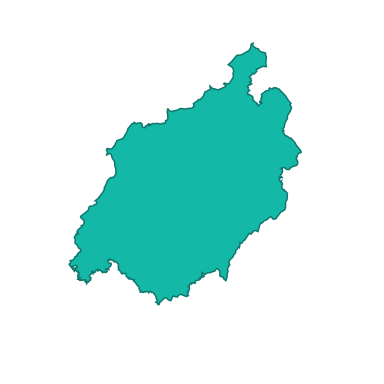 outline of Nilphamari, Rangpur, Bangladesh, rotated 52°
{"feature_id": "16705992B74406959438199", "entity_name": "Nilphamari", "entity_type": "district", "adm_level": 2, "iso_a3": "BGD", "parent_name": "Bangladesh", "parent_adm1": "Rangpur", "projection": "orthographic", "projection_center": [88.949, 26.021], "detail": "fine", "context": "isolated", "style": "filled", "palette": "teal", "viewbox_px": 384, "rotation_deg": 52, "n_neighbors": 0, "source": "geoboundaries", "source_scale": "gbopen_adm2", "svg_char_len": 6039}
<svg xmlns="http://www.w3.org/2000/svg" viewBox="0 0 384 384"><g transform="rotate(52 192 192)"><path d="M193.2,333.9L195.7,329.8L196.9,330.0L196.1,330.6L196.5,331.3L197.4,330.5L197.5,331.2L199.3,331.4L198.8,330.7L199.3,330.7L198.0,330.0L199.1,329.7L198.8,325.9L198.0,325.9L197.6,324.5L195.2,324.9L194.5,323.7L194.3,321.9L194.5,321.0L195.3,320.5L194.1,320.0L193.1,320.3L193.0,319.4L195.2,319.2L195.5,317.5L194.6,317.3L195.2,313.7L196.1,314.8L197.2,312.3L200.4,312.1L200.3,311.2L201.4,310.8L201.4,309.8L202.5,309.2L202.3,307.7L199.5,307.2L202.0,305.3L200.9,304.9L200.3,303.8L200.2,301.7L199.3,300.1L198.3,299.7L197.3,300.9L195.9,301.3L193.7,300.3L195.0,298.9L194.1,298.2L196.3,297.2L196.5,296.4L198.1,296.0L198.4,296.5L199.2,296.3L200.4,294.5L204.1,294.7L205.7,296.3L206.8,296.5L207.7,297.8L209.5,297.3L213.2,297.7L213.6,297.4L213.6,296.0L214.5,295.9L215.2,294.4L218.2,295.7L221.6,295.3L221.8,294.7L220.4,293.6L222.5,294.4L225.7,291.6L226.1,292.9L227.9,292.4L232.2,292.6L234.1,292.2L236.5,293.6L238.9,293.3L238.7,295.1L239.7,293.3L241.2,292.2L241.3,290.7L242.1,290.4L242.3,289.4L244.4,287.2L244.7,287.6L244.8,285.7L246.4,285.6L247.2,284.5L251.8,284.7L254.4,285.9L255.9,285.7L256.4,286.2L256.5,288.4L259.2,287.3L259.3,288.0L259.9,288.1L260.3,286.9L258.9,285.1L259.2,284.2L258.5,278.6L259.3,277.6L263.0,276.8L264.4,275.9L264.6,275.4L262.4,271.4L262.5,270.6L264.6,269.5L265.8,267.9L265.2,266.6L265.3,264.1L270.9,260.8L271.4,258.6L269.4,258.4L269.0,256.8L268.1,255.8L267.5,255.9L267.4,254.5L266.6,253.4L265.0,252.4L264.2,252.7L264.1,253.3L263.8,253.0L263.9,250.7L263.3,250.5L263.1,249.1L263.8,248.2L264.2,248.5L264.1,247.0L264.5,246.4L265.4,246.4L265.7,245.3L264.6,244.8L264.3,243.4L265.8,240.2L265.4,238.4L264.9,238.1L264.5,238.7L264.2,237.9L265.0,236.5L265.6,236.5L265.5,235.2L266.0,234.6L265.7,234.1L265.0,234.3L265.0,235.0L264.3,235.7L261.5,233.6L262.3,233.2L263.5,233.6L265.0,232.2L265.3,229.4L267.0,226.9L267.0,225.8L268.3,223.0L267.5,219.7L268.4,219.0L271.6,218.8L275.4,221.8L278.7,219.8L279.8,220.5L282.7,219.9L281.5,217.8L278.3,214.8L277.0,212.8L274.6,211.4L273.4,209.8L272.8,207.2L271.0,206.7L269.5,205.4L268.8,203.4L268.5,199.8L267.1,197.5L266.8,195.3L264.8,193.2L264.9,191.7L263.9,189.2L264.0,188.6L264.8,188.7L263.0,186.6L261.2,185.5L263.0,184.3L262.1,182.1L262.3,179.7L259.7,172.5L261.1,171.8L260.9,171.3L261.6,170.8L260.5,167.3L261.8,165.4L263.8,164.4L259.2,158.2L259.5,154.8L259.1,152.8L259.9,150.0L259.7,145.0L263.4,144.8L264.7,142.5L262.5,134.6L263.1,129.9L261.3,127.3L257.4,124.5L256.6,121.9L251.9,117.7L249.1,117.7L248.5,118.3L246.9,117.9L246.5,118.6L244.8,119.0L241.7,116.9L241.9,116.2L240.6,115.4L238.9,115.9L238.2,114.6L237.9,116.0L236.1,115.8L235.0,113.7L236.1,112.1L235.3,112.0L234.3,113.7L234.2,112.6L233.0,111.8L233.1,110.6L232.3,109.8L232.1,108.5L229.7,106.8L228.1,107.4L228.9,105.3L230.0,103.9L232.4,103.7L234.2,101.3L233.7,100.7L233.7,97.8L235.5,93.0L234.3,90.7L232.3,89.7L229.2,89.2L229.1,87.4L228.1,86.7L227.1,84.2L227.9,82.2L227.6,82.3L227.5,81.4L226.8,81.4L226.5,80.9L218.9,81.0L216.7,80.5L210.4,80.8L210.0,81.9L207.0,82.4L206.3,83.4L205.9,83.1L204.0,83.9L200.2,82.9L200.3,81.9L198.6,82.2L197.6,79.4L194.7,76.0L192.9,71.6L190.6,69.8L188.8,64.7L186.7,61.5L183.8,61.2L183.0,59.4L179.4,59.7L174.2,59.1L164.3,60.1L163.0,61.2L162.0,61.3L160.0,63.7L160.4,65.2L159.6,66.2L158.1,66.5L157.8,67.0L159.1,69.4L157.8,71.5L157.8,77.2L160.8,78.7L160.6,79.9L162.4,81.0L162.4,83.0L163.1,83.3L164.2,82.1L165.1,82.1L164.5,84.2L165.1,86.5L162.8,86.7L162.4,86.1L159.5,87.0L157.2,87.0L157.1,87.4L154.6,85.6L153.6,85.6L150.0,87.0L150.0,87.9L148.4,87.5L147.6,87.1L147.5,84.1L145.8,84.4L144.7,84.1L144.3,83.1L142.8,83.4L142.5,80.8L143.3,80.6L143.5,78.4L140.9,79.0L140.9,77.8L141.3,77.7L140.8,76.6L139.2,76.4L139.0,75.6L136.6,76.0L136.2,74.8L136.6,73.9L135.9,70.9L137.1,70.7L137.2,68.8L136.7,66.6L135.1,66.2L135.0,64.9L135.4,64.9L136.4,59.2L139.0,56.2L136.4,54.9L131.4,50.3L128.8,49.4L127.7,48.5L123.9,51.4L122.5,51.9L120.0,51.6L118.0,53.1L114.6,54.0L112.7,53.3L112.5,51.4L112.0,54.5L114.5,57.0L115.6,60.1L114.3,68.9L111.9,72.6L113.7,80.5L114.0,85.1L118.6,83.5L119.9,83.5L122.4,84.8L124.0,86.9L126.1,88.0L127.1,89.2L129.4,95.7L128.8,97.4L126.3,99.3L126.2,100.4L129.4,99.9L129.5,101.4L127.6,108.6L122.7,112.2L119.7,112.7L122.4,114.2L121.2,120.3L123.5,124.2L124.3,129.0L123.1,129.9L123.5,131.8L123.2,136.5L125.7,137.5L125.7,141.0L123.8,143.4L122.5,146.3L119.0,149.7L118.6,152.7L115.9,158.7L114.1,159.8L111.8,159.7L111.6,160.2L114.2,162.7L115.7,163.2L119.4,165.9L120.0,167.0L119.5,168.8L121.0,170.5L121.0,171.3L119.3,173.5L119.5,174.3L119.0,175.2L116.3,177.2L115.5,179.1L113.6,181.2L113.8,183.5L113.1,185.4L112.1,185.4L112.3,183.7L111.6,184.2L111.6,185.4L112.2,186.0L111.6,186.9L111.5,188.4L112.4,189.0L112.1,189.9L110.2,191.1L107.8,189.5L105.8,189.9L103.8,193.6L101.4,194.9L102.0,195.8L101.3,197.6L102.6,203.4L104.4,205.7L107.3,213.4L105.3,219.5L107.3,223.6L108.7,228.2L107.8,230.0L105.6,232.0L105.6,232.8L106.3,233.5L108.4,234.0L110.3,236.4L110.9,233.3L112.3,232.4L115.6,233.8L120.8,234.5L123.8,236.7L126.8,237.7L131.0,240.9L132.1,244.4L130.5,247.6L131.0,251.5L134.0,256.7L134.4,258.2L136.2,259.8L137.5,263.1L139.3,270.5L139.3,273.8L140.3,273.1L141.7,273.4L142.7,274.7L142.1,275.7L141.9,279.1L140.3,281.2L140.6,282.5L142.6,285.2L142.6,294.8L143.9,295.4L147.9,294.7L150.1,296.0L151.0,298.7L150.4,299.8L151.2,299.7L151.4,300.3L151.7,305.5L152.6,307.0L153.8,306.9L153.8,307.7L154.9,307.9L153.6,308.7L155.4,312.8L157.7,313.3L160.2,315.7L163.1,315.1L166.4,315.8L168.5,315.1L170.4,315.9L170.0,316.8L170.4,320.9L171.5,321.4L171.0,324.2L172.0,325.6L172.2,328.2L171.1,330.2L172.6,330.6L173.3,332.0L173.1,332.7L173.8,333.5L182.0,333.4L181.3,332.2L180.1,331.5L178.1,332.6L177.1,332.2L178.1,328.7L179.0,328.3L180.5,328.6L180.0,329.3L180.2,330.4L182.1,331.8L184.5,331.5L183.6,331.1L184.4,330.7L186.1,330.7L187.5,333.6L188.0,333.6L188.2,332.7L188.7,333.4L188.5,334.1L189.2,334.5L189.2,333.9L190.0,334.6L190.5,333.6L190.6,335.5L191.6,334.3L192.8,335.4L192.0,333.8L192.8,333.4L193.2,333.9Z" fill="#14b8a6" stroke="#0f766e" stroke-width="1.5"/></g></svg>